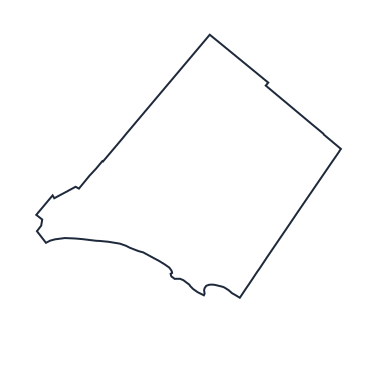 the district of San Diego, California, United States of America, rotated 310°
{"feature_id": "52423323B47648516235098", "entity_name": "San Diego", "entity_type": "district", "adm_level": 2, "iso_a3": "USA", "parent_name": "United States of America", "parent_adm1": "California", "projection": "natural_earth1", "projection_center": [-117.088, 33.02], "detail": "fine", "context": "isolated", "style": "outline", "palette": "slate", "viewbox_px": 384, "rotation_deg": 310, "n_neighbors": 0, "source": "geoboundaries", "source_scale": "gbopen_adm2", "svg_char_len": 1185}
<svg xmlns="http://www.w3.org/2000/svg" viewBox="0 0 384 384"><g transform="rotate(310 192 192)"><path d="M59.2,112.8L63.5,114.6L67.7,117.5L75.0,124.2L81.3,132.4L85.5,138.4L93.2,150.2L95.0,152.5L100.1,159.9L106.1,170.0L108.4,176.1L109.3,180.1L112.2,188.7L114.4,193.5L114.9,196.1L118.0,211.0L119.0,217.7L119.5,223.3L119.3,223.9L118.7,226.5L117.9,228.0L117.2,228.8L115.6,228.2L114.3,230.0L114.1,230.8L114.3,234.5L117.8,238.6L118.9,242.1L119.3,249.4L118.8,251.1L118.4,255.2L118.9,260.8L120.5,267.5L122.2,267.0L124.4,264.5L126.3,263.5L129.1,263.2L129.8,263.5L132.0,264.8L134.0,266.9L135.6,269.3L139.2,276.6L139.7,278.4L140.3,283.0L140.3,285.5L140.2,287.6L141.0,291.9L141.7,296.6L142.8,296.5L152.7,295.4L159.0,294.8L173.2,293.2L176.3,293.0L188.8,291.6L189.5,291.5L229.2,287.5L244.4,285.9L302.3,280.2L317.2,278.8L319.0,278.5L320.7,278.4L320.7,256.2L321.1,255.1L321.0,238.5L320.9,180.1L324.8,180.1L323.9,104.5L319.1,104.5L194.8,104.2L189.1,104.3L188.2,104.3L158.2,104.2L158.1,103.5L148.0,103.5L138.9,103.0L121.9,103.2L121.2,99.5L119.8,98.9L118.2,98.3L107.2,93.9L98.7,90.5L99.8,87.4L74.4,87.4L74.6,95.0L69.3,98.1L62.3,98.4L59.2,112.8Z" fill="none" stroke="#1e293b" stroke-width="2"/></g></svg>